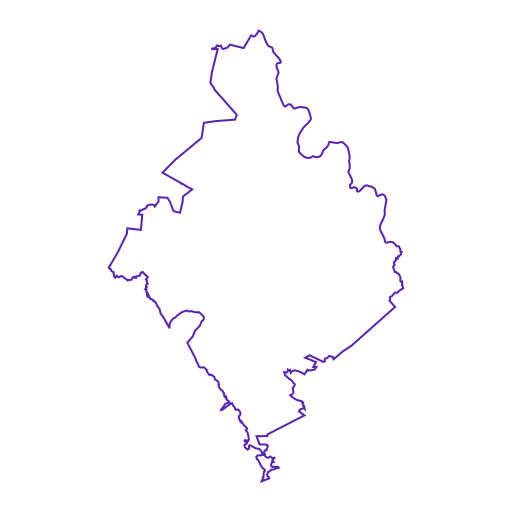 the district of Santa María del Oro, Nayarit, Mexico
{"feature_id": "50627088B16887744460573", "entity_name": "Santa María del Oro", "entity_type": "district", "adm_level": 2, "iso_a3": "MEX", "parent_name": "Mexico", "parent_adm1": "Nayarit", "projection": "natural_earth1", "projection_center": [-104.593, 21.347], "detail": "fine", "context": "isolated", "style": "outline", "palette": "violet", "viewbox_px": 512, "rotation_deg": 0, "n_neighbors": 0, "source": "geoboundaries", "source_scale": "gbopen_adm2", "svg_char_len": 6082}
<svg xmlns="http://www.w3.org/2000/svg" viewBox="0 0 512 512"><path d="M301.3,401.0L297.5,400.2L295.7,399.4L291.2,396.3L290.2,395.2L292.0,394.5L293.2,393.2L293.4,391.4L292.7,388.2L294.5,385.6L294.8,384.2L293.6,383.2L291.7,380.5L289.6,379.2L285.0,375.1L284.3,372.1L286.7,372.6L287.8,371.1L287.9,369.7L289.1,370.6L289.9,369.9L290.8,372.8L292.1,371.1L295.0,370.3L300.5,372.0L304.5,374.3L307.3,369.9L308.2,370.7L309.1,370.1L311.0,370.4L314.8,369.4L316.3,367.0L313.3,366.9L316.0,362.1L305.2,357.7L309.6,355.3L323.4,361.9L325.0,361.2L324.6,359.7L325.0,358.5L326.9,358.3L329.3,355.9L332.4,356.8L332.8,357.8L333.4,357.8L333.6,359.2L342.8,351.4L351.7,345.5L395.1,306.9L389.5,300.7L390.2,299.8L389.8,297.2L391.7,296.3L395.0,292.5L396.9,292.9L400.5,289.8L403.2,288.4L402.8,286.5L402.0,285.4L402.3,283.3L402.0,281.6L401.4,282.0L400.2,280.6L400.6,277.9L399.3,274.8L398.1,273.4L397.1,273.4L396.3,272.1L394.8,272.0L393.0,266.8L394.7,264.9L394.0,263.5L394.1,262.6L394.5,261.3L395.7,260.9L396.0,257.9L396.7,258.0L397.1,258.8L397.7,258.8L398.0,256.4L398.5,256.1L399.0,256.4L400.4,255.0L401.0,254.3L400.9,253.3L401.8,252.0L400.3,251.3L400.4,249.6L398.8,246.3L396.6,246.3L395.1,244.1L392.6,242.1L389.6,241.8L386.9,242.8L385.7,242.5L384.8,241.2L384.8,239.8L384.0,237.6L380.3,230.2L379.8,228.1L380.4,224.7L383.2,218.9L384.8,214.7L384.6,210.1L386.5,199.8L384.7,195.5L382.2,194.2L377.7,196.2L376.6,195.1L375.4,190.2L374.6,188.6L371.3,186.5L369.1,186.3L367.2,185.4L364.9,185.7L359.6,191.1L358.1,191.7L356.8,190.8L357.2,188.7L355.2,187.5L353.5,187.2L351.7,188.3L350.0,187.5L350.1,184.9L351.9,182.9L352.2,180.6L351.7,178.9L348.3,171.9L349.7,168.6L349.7,164.8L349.1,160.8L349.7,157.9L349.6,155.9L348.0,148.0L346.5,145.9L343.0,142.4L340.8,142.1L336.9,143.1L329.6,141.9L328.9,142.5L328.6,144.4L328.0,145.7L326.4,147.6L323.4,150.1L321.8,154.3L319.6,156.6L317.9,157.1L316.4,157.2L312.6,156.2L310.2,157.9L306.2,157.8L303.0,155.9L299.3,152.4L299.0,151.9L299.0,146.3L297.4,142.2L298.3,136.8L299.6,133.7L303.0,128.1L305.7,125.1L307.7,123.4L310.6,119.7L311.0,118.4L309.4,112.4L308.1,109.4L307.4,108.5L305.6,107.6L299.3,107.0L294.4,108.6L292.8,107.5L290.8,104.5L288.3,104.3L285.3,106.5L283.6,105.4L277.6,91.0L277.8,86.0L276.4,78.7L278.6,72.5L276.5,66.8L276.5,64.5L276.9,63.8L277.8,63.3L280.7,62.6L280.8,61.7L279.4,58.9L273.4,52.2L272.5,48.5L272.0,47.5L268.8,46.2L267.8,45.3L265.3,40.3L263.4,34.9L262.4,33.3L260.9,31.7L258.7,30.7L257.4,33.1L255.1,36.0L253.6,36.5L251.1,35.4L243.6,48.1L229.7,44.6L227.8,47.3L223.8,48.9L223.0,49.0L222.1,48.4L220.9,45.6L218.5,46.2L218.1,45.5L216.9,45.5L215.4,48.2L213.4,48.3L212.9,48.7L212.8,48.4L211.5,49.1L217.7,49.1L211.9,72.3L210.4,82.9L214.1,88.2L214.3,89.4L236.7,114.7L235.1,119.6L215.8,121.1L203.9,122.8L201.6,137.9L175.4,159.6L162.5,172.7L181.2,183.2L181.1,183.5L183.8,184.5L185.8,186.0L192.2,189.4L183.0,196.5L182.6,201.9L180.0,212.7L174.5,211.5L172.8,210.0L172.8,209.3L169.9,201.6L167.4,197.8L158.5,197.2L158.5,201.7L155.8,204.8L155.6,205.8L154.7,206.5L154.3,205.1L153.9,205.0L152.4,204.6L149.4,204.8L147.2,205.5L146.6,207.4L146.1,207.5L145.1,208.9L144.0,208.8L140.9,210.7L139.8,210.2L139.4,210.9L139.5,212.2L138.2,214.4L142.3,214.8L140.9,229.9L127.4,228.3L126.9,233.7L118.1,251.7L108.8,267.7L109.3,267.8L110.0,269.0L111.0,269.5L111.5,271.1L113.7,272.3L113.5,273.4L114.2,275.1L114.1,276.4L115.3,277.8L116.8,275.7L118.6,277.3L121.7,275.9L127.8,280.5L128.1,279.9L131.4,279.8L133.0,277.1L135.7,277.8L135.3,276.7L139.8,275.7L140.5,273.1L141.4,272.9L142.1,272.0L142.9,272.1L144.9,274.6L146.3,275.3L146.5,276.1L147.6,276.7L147.8,277.3L145.9,279.4L146.9,280.5L146.8,282.3L147.7,283.6L146.4,284.4L145.9,286.7L146.8,287.0L146.7,287.5L145.2,289.3L146.4,289.8L146.4,292.1L147.0,293.4L147.5,293.0L148.5,295.1L147.1,295.4L147.5,296.7L148.4,297.3L149.5,297.1L150.2,298.8L151.1,299.3L151.6,299.0L153.1,300.3L153.5,301.3L154.2,301.1L155.3,301.9L156.7,304.4L156.8,305.2L159.6,309.1L160.6,313.5L163.2,317.0L169.6,328.3L169.5,325.5L169.7,323.8L170.9,321.2L173.5,318.3L175.7,317.3L177.0,315.6L182.2,312.0L186.7,310.6L189.1,311.5L191.4,311.1L194.3,312.1L198.1,312.4L198.9,312.0L203.4,316.2L204.0,317.7L203.5,319.9L201.6,321.4L199.8,325.8L194.9,331.0L192.7,336.5L187.3,342.7L195.1,357.7L196.9,362.4L198.0,363.9L198.8,366.6L200.3,367.5L204.1,367.4L206.7,369.9L207.0,371.7L209.2,374.8L210.0,375.0L211.1,374.6L214.4,376.9L214.9,379.5L216.4,380.1L218.7,382.3L218.5,383.1L219.0,384.5L218.4,385.0L218.9,386.8L220.8,389.6L222.5,390.8L224.3,394.2L224.0,395.0L224.6,396.6L225.0,397.1L225.8,396.3L226.2,396.5L226.4,399.4L228.5,400.9L229.3,402.3L225.6,403.6L224.2,405.4L223.9,406.4L222.2,408.2L222.0,409.2L221.2,409.4L221.0,410.1L222.5,409.7L228.7,405.0L231.9,403.1L233.5,406.2L234.6,407.1L235.4,409.6L236.2,409.9L237.5,409.4L238.6,409.9L240.4,412.4L240.4,414.4L239.7,415.7L239.1,415.9L238.8,417.8L240.4,421.5L241.3,421.1L241.7,422.0L241.5,422.7L242.6,423.0L243.6,424.9L246.7,427.8L247.0,428.9L245.7,430.1L247.4,432.2L248.4,435.9L248.8,439.7L248.3,440.9L245.1,440.1L244.5,440.9L245.6,441.9L247.2,442.1L246.7,443.7L245.0,444.4L244.4,445.4L245.0,447.2L246.1,448.5L246.5,448.5L247.7,449.6L248.9,448.7L249.1,445.7L250.2,445.2L255.5,448.2L259.5,449.1L261.7,451.8L262.8,454.9L261.7,454.8L261.0,455.4L257.6,455.4L256.2,457.2L256.7,457.7L256.9,459.2L258.1,459.9L260.6,465.1L262.1,467.4L265.0,470.2L264.6,471.4L263.9,471.7L263.4,477.2L262.7,477.5L262.9,480.0L262.2,480.1L261.7,481.3L269.2,478.4L268.8,477.0L267.5,476.1L267.0,475.1L267.9,472.2L270.7,470.6L271.3,469.6L274.1,469.4L276.2,468.2L278.7,467.8L278.1,467.0L276.6,466.6L275.5,467.1L274.2,466.7L272.3,467.0L271.4,466.3L271.5,465.5L271.0,464.9L271.8,462.5L273.7,461.9L272.2,460.7L273.3,458.9L274.5,458.1L274.2,457.6L273.2,458.2L272.0,457.9L270.2,456.5L269.1,457.4L267.5,457.8L265.3,456.4L264.6,454.9L265.0,454.4L264.0,452.9L264.6,450.7L266.8,449.9L266.6,448.9L267.5,447.5L267.8,445.4L265.7,444.5L259.6,444.4L256.5,436.2L267.3,436.1L267.5,434.4L304.4,415.4L298.9,411.4L300.2,409.3L303.8,408.2L304.7,409.0L304.0,405.8L303.3,406.0L302.8,404.4L302.7,402.9L303.1,402.6L302.7,402.0L302.2,402.3L302.0,401.5L301.3,401.0Z" fill="none" stroke="#5b21b6" stroke-width="2"/></svg>